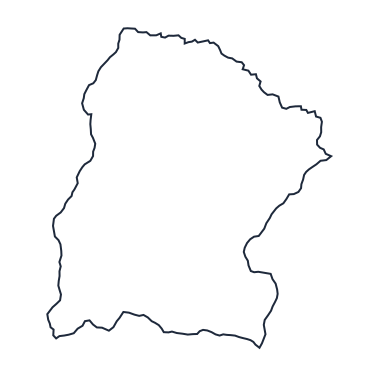 the district of Dracena, São Paulo, Brazil, rotated 185°
{"feature_id": "56859067B75593552832457", "entity_name": "Dracena", "entity_type": "district", "adm_level": 2, "iso_a3": "BRA", "parent_name": "Brazil", "parent_adm1": "São Paulo", "projection": "orthographic", "projection_center": [-51.588, -21.557], "detail": "fine", "context": "isolated", "style": "outline", "palette": "slate", "viewbox_px": 384, "rotation_deg": 185, "n_neighbors": 0, "source": "geoboundaries", "source_scale": "gbopen_adm2", "svg_char_len": 2909}
<svg xmlns="http://www.w3.org/2000/svg" viewBox="0 0 384 384"><g transform="rotate(185 192 192)"><path d="M317.7,37.1L314.6,34.3L311.5,36.9L306.7,37.9L302.4,39.1L297.5,41.0L294.0,45.9L289.4,49.2L287.4,54.0L282.9,55.2L279.1,51.4L275.0,48.8L269.8,49.0L262.7,46.6L258.5,50.5L255.7,56.7L253.2,60.3L249.9,66.5L244.3,66.3L238.6,64.8L233.8,64.0L229.6,65.3L225.1,63.2L220.9,59.8L217.5,58.5L213.5,56.5L210.3,53.3L207.9,49.9L203.2,50.1L199.8,51.2L194.9,50.2L189.0,50.0L183.8,49.6L178.7,50.5L174.5,51.0L172.2,54.0L169.0,55.6L164.7,55.4L160.3,54.1L156.1,52.2L152.0,51.4L148.5,52.9L144.9,52.7L141.0,52.8L136.6,52.7L132.5,51.6L128.4,50.9L124.3,50.3L120.8,49.5L117.8,48.0L115.5,45.5L111.2,42.7L109.1,47.4L107.9,51.5L106.4,56.7L108.9,65.9L108.4,70.9L105.4,76.0L102.9,80.6L101.7,85.0L99.7,89.7L98.2,93.7L97.8,98.0L98.7,102.3L100.7,108.0L104.2,112.2L106.5,117.3L119.0,118.3L123.1,117.5L126.5,118.4L129.3,123.8L130.4,128.4L133.2,132.2L135.2,136.8L134.6,141.1L132.7,146.0L129.9,150.0L126.3,152.9L121.7,154.0L116.8,161.8L115.2,167.4L112.2,172.9L110.8,176.7L106.7,183.0L103.8,186.0L100.0,188.7L97.3,193.3L95.0,198.1L90.4,198.8L86.0,201.3L83.7,205.3L83.7,209.3L82.4,214.1L81.8,218.8L80.0,222.0L77.5,224.7L74.5,227.2L70.5,230.4L66.7,234.3L61.0,235.5L56.5,239.8L62.1,241.7L64.5,245.9L68.3,247.2L71.5,250.1L72.0,254.7L69.4,258.6L68.5,262.8L69.0,267.9L68.7,273.3L70.5,277.1L75.0,278.0L76.8,283.2L83.4,280.9L85.3,283.7L90.1,283.5L91.0,286.9L96.1,286.4L101.9,285.2L105.3,283.1L109.6,283.9L112.4,289.0L114.2,294.6L120.2,296.3L125.2,295.3L129.0,297.7L131.7,300.1L134.2,303.5L133.3,308.1L137.2,310.9L138.6,314.9L143.4,314.0L146.4,317.8L152.2,318.7L151.2,322.9L153.8,325.6L159.0,325.8L163.6,328.6L167.8,329.0L171.7,330.7L174.7,332.5L176.3,335.7L178.6,339.6L183.5,342.7L187.1,341.9L189.2,344.5L193.7,343.1L199.3,341.4L202.3,343.9L205.2,341.8L208.5,341.0L212.2,339.3L212.6,343.9L216.1,344.6L219.1,346.9L223.9,346.0L229.0,345.7L232.3,343.5L236.1,343.9L237.0,347.3L241.2,345.0L247.2,344.4L251.3,347.3L254.7,346.7L259.6,346.6L263.0,349.7L266.4,349.6L270.5,349.5L274.3,348.9L277.8,342.3L277.5,337.4L278.4,333.4L278.0,329.1L280.0,324.7L282.3,322.2L285.5,319.1L287.6,315.9L290.4,312.4L293.6,308.4L295.8,304.1L296.7,300.1L297.6,295.1L299.8,291.7L303.9,289.5L306.2,284.1L307.8,280.1L308.0,276.0L309.2,270.8L306.9,264.5L302.3,260.1L299.1,260.7L299.3,254.7L299.2,250.7L298.3,245.8L297.6,240.7L295.4,237.3L292.6,231.7L292.9,227.5L294.0,223.6L293.7,219.2L296.0,214.2L301.3,210.2L303.4,207.2L305.7,202.9L308.1,196.5L306.6,190.8L309.4,184.2L311.1,181.3L311.6,177.5L314.8,173.7L317.2,169.3L318.1,164.8L321.0,160.2L325.2,156.5L327.2,153.3L327.5,146.1L324.7,135.7L320.8,132.4L318.5,128.4L317.1,121.9L316.5,117.3L318.0,110.7L316.3,106.5L317.1,101.5L316.6,96.7L317.0,91.8L317.0,87.1L315.5,83.2L313.6,78.5L314.0,72.6L317.1,69.0L320.9,65.0L325.5,57.7L324.1,52.2L322.2,48.6L321.1,44.9L317.9,42.9L317.7,37.1Z" fill="none" stroke="#1e293b" stroke-width="2"/></g></svg>